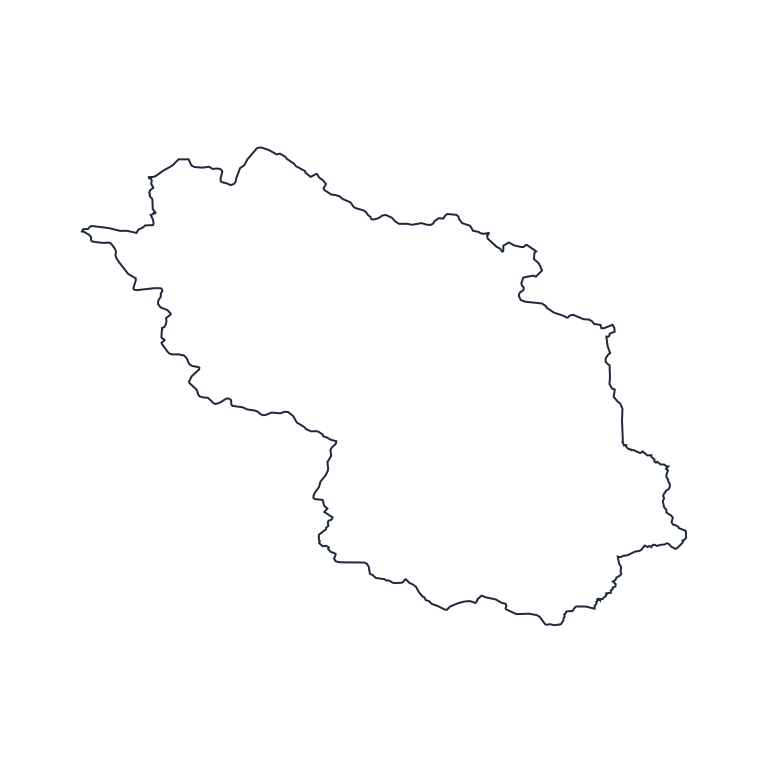 the district of Sa Thay, Kon Tum, Vietnam, rotated 96°
{"feature_id": "81297802B78907971348627", "entity_name": "Sa Thay", "entity_type": "district", "adm_level": 2, "iso_a3": "VNM", "parent_name": "Vietnam", "parent_adm1": "Kon Tum", "projection": "robinson", "projection_center": [107.651, 14.266], "detail": "fine", "context": "isolated", "style": "outline", "palette": "slate", "viewbox_px": 768, "rotation_deg": 96, "n_neighbors": 0, "source": "geoboundaries", "source_scale": "gbopen_adm2", "svg_char_len": 6119}
<svg xmlns="http://www.w3.org/2000/svg" viewBox="0 0 768 768"><g transform="rotate(96 384 384)"><path d="M575.2,375.3L577.7,372.0L578.1,363.0L579.0,361.7L579.0,358.3L580.7,354.6L580.9,352.8L579.8,345.7L579.1,344.5L576.4,342.9L576.0,341.8L579.3,337.7L580.2,334.7L582.2,331.1L587.6,327.3L591.5,323.1L592.0,321.4L594.5,320.0L595.2,316.7L597.8,313.2L599.2,307.4L602.0,299.8L602.0,297.9L598.4,295.0L594.7,288.4L592.0,281.5L590.9,275.8L592.2,270.2L590.8,269.0L587.9,268.5L586.8,266.8L584.8,265.7L584.3,264.3L585.5,260.9L586.6,250.2L589.2,244.4L590.0,239.9L592.2,239.1L594.3,239.7L595.3,239.2L599.0,228.4L597.3,215.7L597.9,207.9L599.2,204.9L606.2,198.5L606.4,196.8L605.5,193.7L606.1,189.6L604.5,183.0L600.1,180.8L597.9,180.9L596.2,180.0L594.2,180.7L593.0,179.3L591.1,178.8L590.0,172.7L585.9,170.5L585.1,169.4L584.2,159.8L585.5,151.1L583.0,151.3L579.5,149.6L578.5,150.1L577.0,148.7L576.2,149.4L575.3,148.9L575.1,148.2L576.6,146.4L575.2,146.5L575.1,144.1L573.6,143.4L572.0,141.3L571.0,141.4L570.0,140.5L569.0,141.2L567.9,136.6L565.7,136.9L563.9,135.0L562.7,135.4L561.1,132.7L558.7,132.7L556.5,135.8L554.9,133.5L552.1,132.5L549.7,129.1L548.1,128.2L545.8,129.1L541.4,129.0L537.9,131.5L531.3,133.5L531.5,130.6L529.8,128.0L529.0,124.3L524.5,116.9L523.2,112.3L522.0,110.7L517.5,108.0L518.5,104.8L517.3,102.9L518.3,101.1L515.8,99.8L515.7,97.5L516.6,95.8L515.0,92.1L514.3,88.0L513.1,86.7L512.9,85.6L513.4,83.9L515.7,81.4L517.5,77.0L516.5,75.2L511.2,70.9L509.8,70.2L508.5,70.7L508.1,69.5L505.6,67.6L499.0,68.3L498.2,69.4L496.5,75.7L495.6,76.0L494.4,78.1L493.5,82.0L491.3,83.6L486.8,82.8L485.1,84.3L482.3,89.7L479.6,90.1L477.5,92.4L471.4,94.5L468.4,93.5L466.1,94.7L463.7,94.0L462.5,92.9L461.0,92.7L459.1,90.2L457.1,89.1L453.9,89.2L451.1,91.1L449.3,91.4L447.5,93.2L444.9,93.7L440.3,92.5L439.1,94.6L436.4,92.7L436.5,94.3L434.8,97.0L435.1,100.4L432.8,104.2L433.7,105.1L433.5,106.3L432.4,107.2L430.9,107.0L428.6,110.4L426.9,110.6L427.5,114.7L424.0,119.7L425.3,120.9L425.9,122.3L423.6,128.8L424.1,130.7L423.2,131.8L423.2,134.0L420.3,137.3L419.5,137.0L420.0,139.1L417.4,140.0L417.1,140.8L415.8,140.5L396.0,143.4L383.5,144.3L378.6,147.2L377.1,149.7L372.8,154.2L365.4,153.9L364.7,156.7L360.4,159.8L354.4,159.9L341.7,161.6L341.3,162.9L338.8,165.9L335.4,166.3L331.1,164.0L329.7,162.3L322.9,165.6L313.6,167.8L313.6,166.0L312.7,165.1L310.3,164.7L307.9,160.1L304.2,160.8L301.2,162.9L305.5,170.9L305.8,173.7L302.6,174.9L302.3,181.4L300.1,183.4L298.5,186.7L298.7,192.4L295.4,203.3L296.6,206.5L298.6,208.0L298.9,209.3L297.5,212.2L295.2,222.6L291.1,230.2L289.5,231.4L287.4,235.4L287.4,252.4L286.1,256.8L283.3,258.6L281.1,259.2L279.0,258.5L275.8,255.0L273.2,255.2L271.9,257.1L269.1,257.9L263.5,256.5L260.8,247.7L260.7,246.2L261.4,244.2L254.5,238.7L248.0,242.5L244.0,248.0L237.8,248.1L236.2,246.5L230.8,256.3L231.1,257.7L233.1,259.4L233.4,261.6L232.7,268.6L230.2,274.6L234.0,279.8L238.8,279.3L239.7,279.6L239.9,280.5L237.1,282.9L236.0,286.1L228.5,296.1L225.5,297.0L223.8,295.6L222.9,295.7L224.3,300.9L223.9,303.9L222.9,305.8L222.3,311.5L217.7,314.8L215.8,323.1L212.3,326.4L209.6,327.6L208.2,329.7L208.3,338.6L209.6,340.4L213.3,342.3L213.4,346.9L216.8,350.8L219.4,352.0L220.9,354.2L221.1,357.9L220.1,363.6L222.7,372.6L222.3,378.0L223.1,386.0L221.0,390.0L217.7,393.7L215.7,400.0L216.6,403.2L219.9,407.2L221.5,411.5L221.4,413.8L219.1,415.0L217.9,417.4L214.8,419.9L213.5,422.5L211.9,431.1L211.0,432.7L206.8,436.4L204.4,444.3L202.0,447.8L201.2,451.7L201.1,456.2L197.4,463.5L195.8,464.6L191.2,462.6L187.9,465.8L185.4,470.1L182.2,472.6L182.3,473.7L185.7,478.6L181.9,484.3L180.5,484.8L176.5,494.4L174.2,496.7L170.3,504.1L168.3,506.0L165.8,511.6L166.9,514.8L163.3,523.0L161.6,530.9L162.3,534.3L163.3,535.4L175.0,543.4L181.0,545.8L184.3,549.7L195.6,552.6L198.4,552.7L200.8,554.3L202.2,557.2L200.7,562.2L200.3,566.1L199.4,567.6L196.9,568.0L189.4,567.0L187.2,569.4L187.2,572.8L188.0,577.0L186.2,580.7L187.8,587.0L188.0,595.2L186.8,598.4L181.0,601.8L182.0,611.8L188.8,617.2L194.9,625.8L200.9,632.6L202.2,635.0L202.8,639.5L203.8,639.3L204.3,637.1L205.9,636.2L209.2,636.5L213.0,633.9L215.5,636.7L218.5,637.5L220.1,636.4L221.0,636.8L222.2,636.3L223.5,634.4L225.0,633.6L234.0,632.3L237.4,629.2L238.1,629.2L237.9,631.0L239.1,631.4L240.3,633.7L244.9,630.8L248.8,629.9L250.1,630.3L251.3,638.2L253.3,639.8L256.4,644.6L259.6,645.9L258.5,655.7L259.3,662.5L257.7,674.0L257.4,691.1L258.1,692.7L260.8,694.6L261.5,699.4L263.9,700.4L264.0,698.4L266.6,692.6L268.7,690.6L271.5,690.4L272.8,689.1L273.1,679.1L272.1,671.9L273.1,669.9L277.1,666.2L280.1,664.4L284.1,664.5L287.0,663.2L290.6,660.2L301.2,650.0L304.9,641.9L306.9,641.7L314.9,643.3L316.1,642.7L316.6,640.1L312.7,622.4L312.1,616.1L313.1,614.7L314.8,614.1L317.2,615.5L320.5,615.1L324.2,617.1L327.9,617.2L331.1,614.3L333.2,607.0L336.0,603.8L337.1,603.4L341.3,607.6L344.4,606.9L347.8,607.3L350.3,608.5L351.6,610.7L352.8,610.1L353.9,610.6L360.8,610.2L361.9,609.4L362.5,607.3L363.4,606.8L366.2,609.5L367.0,609.4L374.7,602.5L376.3,600.3L376.7,597.3L376.0,591.6L376.5,585.9L379.0,582.9L384.6,579.8L386.2,576.4L386.5,570.5L387.1,569.3L388.9,569.5L396.6,576.2L402.3,578.2L403.6,577.4L409.1,569.9L414.3,567.4L415.6,566.0L416.2,562.8L416.2,557.5L420.9,551.5L421.5,549.4L419.5,545.0L414.9,539.2L414.7,537.0L416.0,534.4L420.2,533.7L421.6,532.6L421.9,522.3L423.6,517.4L423.9,509.7L424.8,506.6L427.1,503.2L427.6,501.1L427.3,498.6L424.2,493.0L424.0,484.1L422.0,480.0L421.9,476.4L425.3,471.1L431.5,466.6L434.8,459.4L437.3,456.2L438.7,451.4L438.0,446.7L438.3,444.1L440.8,439.6L442.3,439.1L443.3,434.9L445.0,431.2L445.9,425.4L448.5,425.7L452.4,429.1L455.1,430.4L461.1,429.0L467.5,432.1L473.8,430.7L476.0,430.8L480.5,432.3L487.7,437.0L493.4,437.9L498.8,441.2L502.7,442.5L504.6,442.3L505.7,440.9L505.7,432.9L511.4,430.7L513.8,427.3L517.5,430.0L522.1,421.1L524.3,421.9L525.8,424.8L526.6,425.2L528.7,425.3L530.5,424.4L533.1,426.5L534.5,426.4L540.7,433.0L545.7,432.5L546.9,431.4L548.9,432.0L551.8,428.0L551.0,424.9L552.1,422.0L552.7,421.7L553.9,422.3L556.3,419.8L557.9,414.5L558.8,414.2L562.8,415.4L565.2,413.8L565.8,411.3L565.8,407.7L563.6,384.8L564.7,382.1L567.3,380.1L574.2,378.2L575.2,375.3Z" fill="none" stroke="#1e293b" stroke-width="2"/></g></svg>